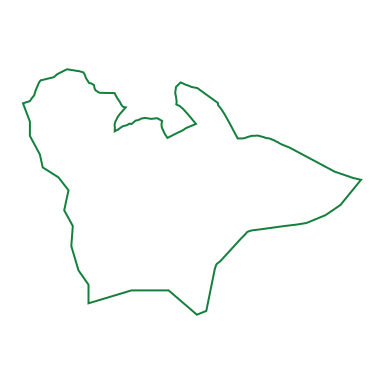 the district of Old Tafo Municipal, Ashanti, Ghana
{"feature_id": "2480657B10806173713075", "entity_name": "Old Tafo Municipal", "entity_type": "district", "adm_level": 2, "iso_a3": "GHA", "parent_name": "Ghana", "parent_adm1": "Ashanti", "projection": "albers", "projection_center": [-1.61, 6.738], "detail": "fine", "context": "isolated", "style": "outline", "palette": "green", "viewbox_px": 384, "rotation_deg": 0, "n_neighbors": 0, "source": "geoboundaries", "source_scale": "gbopen_adm2", "svg_char_len": 2294}
<svg xmlns="http://www.w3.org/2000/svg" viewBox="0 0 384 384"><path d="M23.0,103.3L29.9,121.6L29.9,135.9L39.9,154.5L42.7,167.4L58.5,177.4L68.5,190.3L64.2,210.3L72.8,226.0L71.3,246.1L78.5,270.4L88.5,284.7L88.5,303.3L131.4,290.4L168.6,290.4L196.9,314.7L206.3,310.9L214.8,269.0L215.4,267.2L216.0,265.3L216.7,264.0L220.3,261.2L240.7,238.9L245.8,233.7L247.0,232.2L249.0,231.2L252.0,230.4L262.8,229.0L283.8,226.1L296.5,224.6L306.4,223.0L325.4,215.2L332.8,210.2L340.5,204.9L361.0,179.8L353.2,178.0L334.5,171.6L289.2,147.4L282.3,144.7L281.7,144.4L280.5,143.8L279.5,143.3L278.4,142.6L277.6,142.0L276.1,141.5L274.7,140.6L273.3,139.9L271.6,139.4L269.9,138.6L268.1,138.2L266.8,138.2L266.3,138.1L265.8,138.0L265.0,137.6L263.6,137.1L262.4,136.8L260.7,136.3L258.9,135.9L257.6,135.5L256.0,135.7L254.0,135.8L251.7,135.8L249.7,136.4L247.7,137.0L245.8,137.7L244.1,138.2L242.2,138.5L239.7,138.4L237.7,138.5L229.8,123.6L224.7,114.4L220.8,108.4L218.2,105.3L217.8,102.9L197.4,88.1L191.7,87.0L187.6,85.3L185.9,84.8L180.6,82.4L176.0,87.0L175.6,90.0L175.2,93.0L176.0,96.7L176.7,102.2L176.2,104.2L177.6,105.2L179.1,105.6L182.2,108.1L184.1,110.0L185.1,111.2L187.6,113.9L196.0,123.9L185.8,128.2L183.3,130.0L181.3,131.1L178.7,132.2L175.3,133.9L171.8,135.7L169.5,136.9L167.4,137.9L165.8,135.4L165.1,134.4L164.5,133.3L163.7,131.8L163.2,130.6L162.9,129.5L162.4,128.9L161.8,127.4L161.8,126.6L161.5,124.8L161.6,123.2L162.2,121.0L157.6,118.4L157.1,118.2L151.3,118.9L145.0,117.9L141.2,118.6L138.8,119.9L135.6,120.6L131.5,124.0L129.3,123.7L126.9,125.2L123.1,126.1L120.4,127.8L118.4,129.3L117.5,129.8L116.3,130.4L115.3,131.0L114.7,131.3L114.9,127.6L114.9,127.2L114.6,126.0L114.7,124.0L115.3,121.8L116.6,119.3L117.5,117.3L119.0,115.1L120.3,113.5L123.0,110.5L123.1,110.2L124.1,109.3L125.7,107.4L124.3,107.2L122.9,106.6L122.0,105.7L121.0,104.3L120.2,102.5L117.3,98.2L115.9,95.8L114.6,93.1L99.8,92.8L98.3,92.1L95.4,90.2L94.5,88.2L94.0,85.1L91.3,83.4L89.2,83.1L87.5,80.5L85.8,77.8L85.1,75.4L84.3,73.9L83.4,72.4L80.3,71.5L79.3,71.2L76.4,70.8L73.5,70.3L68.4,69.5L67.0,69.3L65.5,70.0L63.9,70.8L57.4,74.1L57.1,74.3L56.8,74.6L55.3,75.9L53.7,77.2L50.5,78.0L49.2,78.3L46.0,79.1L42.7,79.9L40.7,80.3L39.0,82.5L38.3,84.3L37.8,85.4L35.6,90.5L34.9,92.9L34.2,95.4L32.5,97.3L29.8,101.2L23.0,103.3Z" fill="none" stroke="#15803d" stroke-width="2"/></svg>